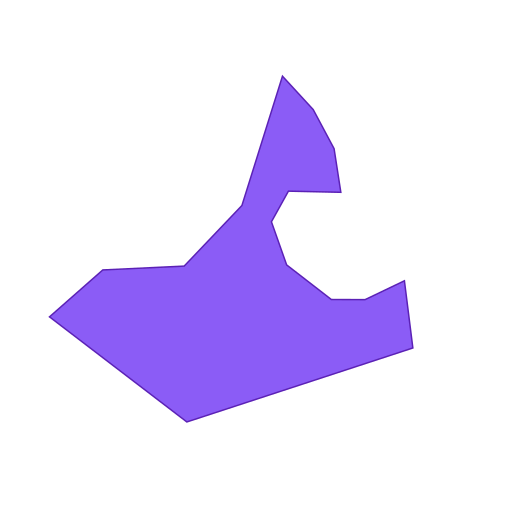 the border of Ngatpang, rotated 108°
{"feature_id": "PLW-5254", "entity_name": "Ngatpang", "entity_type": "state/province", "adm_level": 1, "iso_a3": "PLW", "parent_name": "Palau", "parent_adm1": "", "projection": "orthographic", "projection_center": [134.527, 7.478], "detail": "fine", "context": "isolated", "style": "filled", "palette": "violet", "viewbox_px": 512, "rotation_deg": 108, "n_neighbors": 0, "source": "natural_earth", "source_scale": "10m", "svg_char_len": 371}
<svg xmlns="http://www.w3.org/2000/svg" viewBox="0 0 512 512"><g transform="rotate(108 256 256)"><path d="M76.8,286.4L99.1,246.8L129.8,214.9L169.2,195.0L184.3,245.2L218.7,251.9L255.0,224.1L274.1,170.9L263.8,138.8L233.7,107.2L295.0,78.4L435.2,270.5L377.7,433.6L316.6,397.4L287.8,321.2L212.3,285.0L76.8,286.4Z" fill="#8b5cf6" stroke="#5b21b6" stroke-width="1.5"/></g></svg>